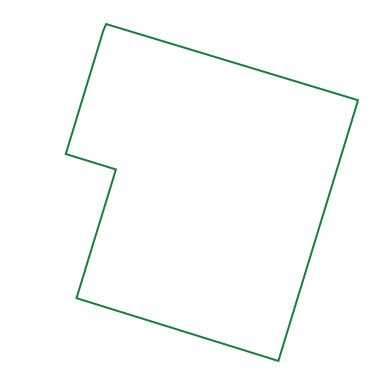 the district of Winkler, Texas, United States of America, rotated 287°
{"feature_id": "52423323B34965640211434", "entity_name": "Winkler", "entity_type": "district", "adm_level": 2, "iso_a3": "USA", "parent_name": "United States of America", "parent_adm1": "Texas", "projection": "albers", "projection_center": [-103.096, 31.869], "detail": "fine", "context": "isolated", "style": "outline", "palette": "green", "viewbox_px": 384, "rotation_deg": 287, "n_neighbors": 0, "source": "geoboundaries", "source_scale": "gbopen_adm2", "svg_char_len": 337}
<svg xmlns="http://www.w3.org/2000/svg" viewBox="0 0 384 384"><g transform="rotate(287 192 192)"><path d="M191.4,60.2L191.3,112.6L180.3,112.7L178.9,112.7L113.6,112.6L86.9,112.6L85.5,112.7L81.3,112.6L56.7,112.6L55.7,324.0L325.8,324.0L328.3,323.7L327.5,60.8L320.8,60.0L191.4,60.2Z" fill="none" stroke="#15803d" stroke-width="2"/></g></svg>